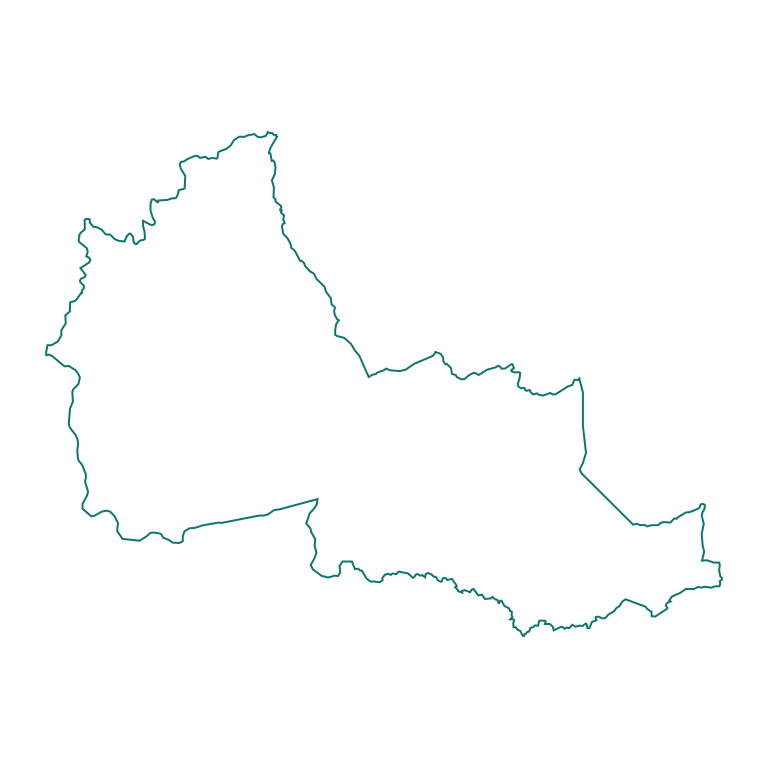 Dowa, Dowa, Malawi
{"feature_id": "42251766B75153645982813", "entity_name": "Dowa", "entity_type": "district", "adm_level": 2, "iso_a3": "MWI", "parent_name": "Malawi", "parent_adm1": "Dowa", "projection": "orthographic", "projection_center": [33.724, -13.52], "detail": "fine", "context": "isolated", "style": "outline", "palette": "teal", "viewbox_px": 768, "rotation_deg": 0, "n_neighbors": 0, "source": "geoboundaries", "source_scale": "gbopen_adm2", "svg_char_len": 6053}
<svg xmlns="http://www.w3.org/2000/svg" viewBox="0 0 768 768"><path d="M579.3,378.5L577.6,380.2L574.4,379.7L572.3,384.9L568.0,386.4L555.5,394.3L552.7,394.4L550.3,393.0L543.3,395.5L539.2,395.0L537.1,393.4L532.9,394.4L530.3,391.7L529.8,390.0L526.6,390.8L525.2,390.0L524.4,387.9L521.1,388.3L518.2,386.4L517.9,383.7L519.6,378.0L520.2,372.9L519.3,372.3L514.6,372.4L511.4,371.2L511.3,370.1L513.9,368.1L512.8,364.8L511.8,364.0L504.9,368.6L501.4,368.6L500.5,367.0L498.1,365.7L495.9,367.3L487.1,369.7L478.7,375.0L475.4,373.1L473.2,373.0L469.0,375.2L464.9,378.8L461.8,379.5L456.9,377.1L455.7,375.0L451.9,373.9L451.1,368.2L446.8,363.9L445.4,364.3L443.2,360.8L443.2,357.6L440.6,353.8L435.4,352.0L434.6,354.0L432.3,356.1L414.2,363.8L405.6,369.7L399.6,371.1L389.6,370.2L386.2,368.6L383.3,370.5L377.4,372.5L375.7,374.1L372.7,374.6L368.7,377.0L359.3,355.7L354.8,350.3L351.1,344.1L344.3,337.9L337.0,336.0L335.2,334.7L335.2,329.9L336.2,324.1L338.8,320.3L337.3,319.5L334.9,315.3L334.1,311.5L334.9,307.4L331.6,304.4L330.8,298.1L326.1,291.9L324.5,286.7L316.6,279.1L313.9,273.6L309.9,271.3L305.3,266.3L303.9,262.8L301.6,260.9L300.1,260.9L295.5,252.0L293.8,249.7L291.4,248.0L290.4,243.6L287.4,238.1L283.3,233.9L281.9,226.2L282.8,224.1L284.7,223.1L283.3,219.7L284.0,215.4L281.0,212.7L281.8,210.5L280.3,210.3L280.1,209.6L281.3,207.4L280.9,205.8L276.5,202.4L275.6,201.3L275.4,199.1L273.5,197.5L273.9,187.4L271.9,180.3L274.8,174.1L275.5,167.6L274.6,162.5L273.3,160.5L271.7,160.9L270.4,153.4L269.0,153.3L268.9,152.6L270.6,147.5L277.0,136.6L276.3,136.4L276.1,135.0L273.7,134.8L272.3,133.1L269.3,132.9L267.9,132.0L266.0,135.8L260.5,137.4L257.4,136.7L254.4,134.1L247.9,135.3L244.2,136.9L239.4,136.7L234.3,139.8L230.5,145.6L226.6,148.7L218.7,151.8L217.9,153.4L217.7,157.5L216.6,158.7L212.6,157.9L208.2,158.9L205.5,156.8L200.0,157.9L197.7,156.0L195.2,155.8L187.5,159.0L184.0,161.4L180.8,162.0L179.7,164.4L180.9,168.8L185.3,176.0L184.6,188.6L178.8,190.2L177.3,196.0L175.7,198.2L171.7,198.4L167.4,199.9L158.2,200.5L158.1,202.0L157.3,202.2L154.0,199.2L151.8,199.6L150.6,203.5L150.4,210.0L152.8,218.0L154.9,221.4L154.8,223.4L153.3,224.9L150.7,224.9L143.0,220.8L143.1,226.2L144.5,231.4L145.0,238.7L143.8,239.8L140.1,240.5L136.5,244.1L135.1,243.8L133.7,242.3L132.9,236.6L130.5,233.7L129.4,233.6L127.1,235.8L124.5,241.5L118.8,240.9L114.6,239.0L110.1,234.6L105.7,234.4L101.6,229.6L96.2,226.9L93.8,227.2L89.8,222.5L89.7,219.3L86.9,218.8L84.7,219.8L84.8,228.7L83.7,230.4L80.6,232.8L79.0,235.9L79.4,236.9L78.6,240.1L79.5,242.3L86.9,248.3L87.7,251.8L86.3,256.4L89.2,257.7L90.3,260.0L89.1,262.5L80.4,268.1L85.7,274.9L84.9,277.0L80.9,278.8L79.9,280.6L80.3,282.1L83.9,285.8L83.7,288.8L81.9,290.4L81.9,293.0L81.3,292.8L76.3,299.7L74.6,301.1L70.1,302.3L69.9,311.5L65.3,315.4L65.8,323.4L61.3,330.3L61.4,335.4L57.8,341.5L51.6,345.2L47.5,345.2L46.1,352.6L46.2,355.1L49.1,354.6L52.3,356.2L64.6,366.4L68.7,365.9L75.4,370.1L78.4,374.1L79.9,377.6L78.3,384.2L73.4,389.2L72.3,391.7L72.9,401.5L70.0,408.8L68.8,423.4L69.2,425.9L70.9,429.0L75.5,434.8L77.5,439.2L78.2,443.7L77.3,450.1L77.9,458.6L78.9,461.0L82.1,464.8L85.8,474.1L85.9,478.0L85.0,481.5L88.1,491.8L86.8,496.0L82.5,504.0L82.5,508.7L91.3,516.3L94.1,515.9L101.9,511.6L106.7,510.6L110.5,511.9L114.5,516.2L118.1,523.3L117.2,528.6L117.5,531.6L122.6,538.9L139.6,540.7L146.6,536.3L150.2,533.0L153.9,532.5L160.2,533.6L161.7,534.9L163.1,537.6L168.7,539.9L172.6,542.6L179.2,543.0L182.7,541.4L182.8,536.0L184.5,531.3L189.2,528.4L195.2,527.8L202.9,525.3L218.6,522.6L221.6,522.9L259.0,515.6L263.9,515.5L267.8,514.5L274.1,510.1L279.7,509.3L317.5,499.1L316.7,504.5L313.7,509.1L309.8,513.1L306.2,523.5L310.4,528.3L311.2,532.1L315.3,539.2L314.6,545.7L316.5,552.7L314.5,558.2L310.7,565.1L313.0,569.5L321.5,575.8L328.1,577.5L335.0,575.6L338.0,576.1L340.3,572.5L339.5,566.0L342.5,561.5L351.9,561.5L355.0,569.2L358.2,568.7L360.1,570.5L361.8,570.6L366.7,578.7L370.8,581.7L373.5,581.4L379.6,582.3L382.6,580.2L382.3,578.0L384.8,574.9L387.9,573.7L390.8,574.9L392.4,573.5L396.3,574.1L398.7,571.6L408.0,573.4L413.0,577.9L414.4,577.0L415.7,574.7L417.3,574.0L420.2,575.6L422.3,575.2L425.1,577.3L425.7,574.1L428.1,573.0L431.3,574.3L433.8,576.6L435.9,577.1L437.9,580.4L440.9,581.8L441.8,581.4L442.6,578.7L444.0,577.8L445.5,578.0L447.2,580.0L451.8,578.9L456.4,585.1L456.7,586.2L455.1,587.2L458.0,590.1L458.1,591.2L462.2,592.6L461.9,591.0L464.5,590.1L470.1,592.2L471.6,589.7L473.5,588.9L478.3,595.4L482.0,594.6L485.0,599.0L490.9,598.4L492.4,596.9L495.3,599.4L497.4,599.9L498.6,603.1L499.2,603.1L500.0,601.0L501.5,600.7L504.5,606.0L509.1,608.4L510.0,610.9L511.9,611.9L511.6,615.2L512.5,617.0L510.2,619.3L513.7,619.4L514.2,621.1L513.2,622.9L513.6,627.2L515.8,627.3L517.8,630.0L520.0,630.7L523.0,636.0L524.0,635.9L524.7,633.9L525.8,633.9L527.1,632.1L529.2,631.4L530.4,628.0L533.8,626.8L534.8,625.4L538.1,625.7L539.0,621.2L539.9,620.6L545.1,620.7L545.7,621.5L544.9,624.0L549.8,624.0L552.7,626.6L553.8,630.4L561.0,626.8L562.7,627.1L564.7,628.9L566.4,627.5L569.2,628.2L572.2,624.8L575.7,626.7L579.1,625.6L582.6,626.0L585.5,623.7L586.7,624.2L587.5,628.1L589.4,628.2L591.9,622.0L596.4,620.3L595.6,618.0L596.0,617.0L598.6,616.7L602.4,618.4L605.2,618.1L608.5,614.5L614.4,611.0L616.2,608.2L619.4,606.2L622.3,601.6L625.6,599.3L645.6,606.7L647.0,608.7L651.5,611.9L651.7,616.2L655.3,616.5L666.9,608.9L667.4,607.8L665.8,605.5L666.2,604.3L667.7,602.5L670.6,601.5L669.3,600.4L672.1,596.4L680.0,593.0L686.0,588.9L694.0,589.0L698.1,587.0L701.7,587.6L705.0,586.7L710.8,587.7L714.9,586.4L719.5,586.2L720.3,583.4L719.7,581.2L721.9,579.7L721.9,578.0L720.3,576.3L719.1,570.4L719.8,565.4L719.2,562.6L713.7,562.6L707.1,560.3L702.0,560.7L704.2,551.6L702.7,546.0L701.7,533.8L703.8,523.9L701.7,515.5L702.4,512.5L704.5,508.9L704.9,505.1L704.1,504.4L702.5,503.8L700.5,504.6L699.4,507.8L697.7,508.9L689.6,512.2L686.0,512.4L677.7,517.4L676.6,518.7L674.1,518.5L670.5,522.5L663.5,522.1L661.0,522.8L658.0,525.1L650.7,525.3L647.5,526.4L644.3,524.9L640.7,525.2L636.3,523.8L633.2,524.7L581.7,473.5L579.6,469.5L582.9,463.0L586.0,452.9L582.9,425.7L582.9,392.5L579.3,378.5Z" fill="none" stroke="#0f766e" stroke-width="2"/></svg>